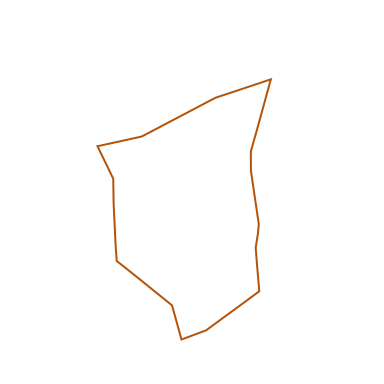 outline of Frei Paulo, Sergipe, Brazil, rotated 27°
{"feature_id": "56859067B9172708729961", "entity_name": "Frei Paulo", "entity_type": "district", "adm_level": 2, "iso_a3": "BRA", "parent_name": "Brazil", "parent_adm1": "Sergipe", "projection": "natural_earth1", "projection_center": [-37.581, -10.508], "detail": "fine", "context": "isolated", "style": "outline", "palette": "amber", "viewbox_px": 384, "rotation_deg": 27, "n_neighbors": 0, "source": "geoboundaries", "source_scale": "gbopen_adm2", "svg_char_len": 473}
<svg xmlns="http://www.w3.org/2000/svg" viewBox="0 0 384 384"><g transform="rotate(27 192 192)"><path d="M87.0,194.1L115.8,215.9L127.2,237.5L148.5,274.8L156.3,287.7L165.1,289.4L180.2,292.5L225.7,302.1L249.6,328.2L267.4,308.8L270.2,303.2L275.9,291.9L284.2,275.5L297.0,249.9L281.6,225.1L274.1,212.8L269.4,198.5L266.1,190.3L234.9,146.4L226.0,129.1L221.8,107.9L211.1,55.8L170.6,96.9L167.6,100.9L122.0,165.4L87.0,194.1Z" fill="none" stroke="#b45309" stroke-width="2"/></g></svg>